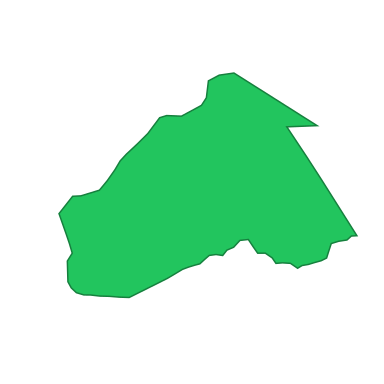 Cacimbas, Paraíba, Brazil (Robinson projection), rotated 343°
{"feature_id": "56859067B37855535348821", "entity_name": "Cacimbas", "entity_type": "district", "adm_level": 2, "iso_a3": "BRA", "parent_name": "Brazil", "parent_adm1": "Paraíba", "projection": "robinson", "projection_center": [-37.096, -7.206], "detail": "fine", "context": "isolated", "style": "filled", "palette": "green", "viewbox_px": 384, "rotation_deg": 343, "n_neighbors": 0, "source": "geoboundaries", "source_scale": "gbopen_adm2", "svg_char_len": 968}
<svg xmlns="http://www.w3.org/2000/svg" viewBox="0 0 384 384"><g transform="rotate(343 192 192)"><path d="M47.1,241.6L48.5,248.4L52.0,254.5L58.5,258.8L65.0,260.9L73.5,264.6L82.2,267.5L91.8,271.3L101.1,274.5L143.2,267.4L160.3,263.2L166.8,262.8L173.2,262.8L178.5,263.0L184.1,260.3L189.9,257.7L196.7,258.8L202.8,261.7L208.4,257.8L215.7,257.0L223.7,252.3L232.0,253.9L234.6,262.6L236.9,269.7L244.2,271.9L249.4,278.4L251.4,284.8L257.8,286.2L265.3,289.0L270.7,295.8L275.8,294.5L282.1,295.3L288.1,295.3L295.4,295.5L301.4,294.5L305.1,289.1L310.1,282.0L317.9,282.0L326.2,283.2L331.5,280.7L336.9,282.0L319.6,218.7L311.9,191.6L301.7,157.4L331.0,165.1L266.9,90.5L252.2,88.2L240.2,90.5L233.3,106.1L226.4,111.9L204.1,116.4L190.1,111.5L182.8,111.5L166.8,123.2L154.1,129.9L140.4,136.6L132.5,141.2L124.8,148.2L114.3,156.4L104.0,163.2L84.6,163.2L76.6,161.2L58.5,173.8L59.4,195.5L59.7,205.5L59.6,215.5L52.6,221.6L47.1,241.6Z" fill="#22c55e" stroke="#15803d" stroke-width="1.5"/></g></svg>